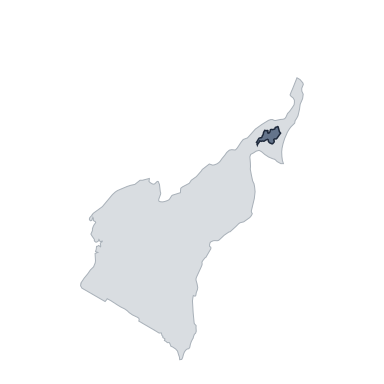 Diamare, Extrême-Nord, Cameroon (highlighted), rotated 30°
{"feature_id": "32672807B30054475581978", "entity_name": "Diamare", "entity_type": "district", "adm_level": 2, "iso_a3": "CMR", "parent_name": "Cameroon", "parent_adm1": "Extrême-Nord", "projection": "equal_earth", "projection_center": [14.242, 10.617], "detail": "fine", "context": "in_parent", "style": "filled", "palette": "slate", "viewbox_px": 384, "rotation_deg": 30, "n_neighbors": 0, "source": "geoboundaries", "source_scale": "gbopen_adm2", "svg_char_len": 5034}
<svg xmlns="http://www.w3.org/2000/svg" viewBox="0 0 384 384"><g transform="rotate(30 192 192)"><path d="M116.8,261.3L117.4,259.2L121.7,249.5L124.4,234.0L125.6,230.3L126.8,227.9L133.1,219.6L135.4,217.0L138.7,214.0L141.1,207.9L141.9,207.3L143.0,206.8L148.3,201.6L148.8,202.6L149.2,203.8L149.5,204.4L151.3,204.8L153.6,204.8L155.0,204.4L155.7,203.4L156.5,200.5L156.9,200.0L157.5,199.8L160.1,201.8L164.3,207.5L165.4,208.5L165.9,209.6L166.8,214.7L167.3,215.9L168.2,216.5L169.9,216.1L171.6,215.2L173.1,213.9L174.6,212.2L175.7,210.7L176.1,209.6L176.3,205.4L176.7,204.5L182.3,198.4L182.1,197.9L181.2,196.2L180.4,194.3L181.2,192.3L182.1,190.9L185.3,185.8L185.5,182.2L188.1,176.5L189.6,168.9L189.6,167.4L193.0,159.1L196.5,158.4L197.9,157.2L199.5,155.2L200.5,153.2L201.0,151.4L201.3,147.9L202.0,143.9L202.3,140.4L203.4,137.1L205.2,135.5L208.3,134.1L208.7,133.5L209.2,131.3L209.6,124.1L210.1,120.9L213.0,117.4L214.2,111.8L215.4,105.9L218.6,98.8L222.4,91.7L224.1,89.8L225.6,89.0L227.3,88.9L228.5,88.4L232.5,84.8L234.2,83.7L235.5,82.4L235.8,81.4L235.9,79.8L235.5,76.2L236.2,73.5L236.6,69.4L236.8,66.2L236.7,65.1L235.9,63.2L234.7,61.2L232.6,60.0L229.9,59.6L228.4,58.9L227.8,55.2L227.6,52.9L225.8,40.6L229.3,40.6L233.5,42.1L234.6,43.2L235.2,47.4L236.7,49.8L239.4,51.7L241.1,55.8L241.8,61.9L243.3,65.6L243.6,66.2L245.7,73.1L245.8,76.3L245.6,78.5L246.5,81.1L245.2,85.7L244.8,88.5L244.7,92.4L245.5,99.4L246.7,104.7L248.1,109.1L249.6,112.4L252.0,116.2L254.6,119.6L257.0,121.7L254.8,123.0L250.5,123.1L248.0,122.4L246.8,122.4L245.6,122.8L240.9,123.4L236.2,123.1L231.9,122.3L229.3,122.4L227.2,124.5L225.6,127.6L224.0,130.1L224.6,132.8L225.7,134.3L228.0,137.6L230.0,140.8L231.0,143.0L235.0,147.7L238.9,152.0L240.8,153.4L241.4,153.7L243.6,156.2L246.5,160.2L249.2,166.4L252.9,178.9L253.8,179.9L255.0,180.6L255.2,181.9L255.1,183.9L254.7,185.5L251.7,192.0L249.1,194.5L248.3,196.0L247.3,199.8L244.9,207.3L243.9,208.3L241.5,213.3L239.6,219.7L239.1,220.7L238.3,221.5L235.5,223.0L234.6,223.8L233.2,225.8L233.0,227.1L233.6,228.9L234.4,230.3L235.9,230.4L236.7,231.7L236.7,241.6L236.0,243.0L236.0,243.7L235.7,245.4L235.6,247.3L235.8,248.0L236.4,248.7L237.1,250.0L237.5,253.0L238.5,263.7L238.9,265.3L239.7,266.5L242.1,268.8L244.7,271.8L245.5,273.8L246.0,277.0L247.0,279.6L246.9,280.4L246.5,280.8L244.9,281.0L245.5,282.8L246.8,286.0L253.3,295.9L259.6,304.7L261.1,305.3L262.2,305.5L262.6,306.1L263.2,307.3L265.3,310.5L265.7,312.4L265.2,314.1L265.7,316.9L266.1,317.9L266.0,318.8L266.2,322.1L266.8,325.0L267.7,327.5L267.6,329.3L266.4,330.3L265.7,331.9L265.4,334.2L265.8,336.9L266.7,340.2L266.8,342.1L265.2,343.4L263.6,341.2L261.7,339.6L259.0,337.0L256.2,336.1L252.5,335.9L251.0,336.2L248.3,334.1L247.4,333.8L246.2,334.7L245.4,334.7L244.4,334.4L242.3,334.4L242.1,332.9L241.8,332.6L239.6,332.7L238.9,331.5L238.6,331.6L237.7,331.2L235.9,329.4L234.0,330.6L230.1,330.5L210.5,330.4L210.0,328.8L209.0,327.9L207.2,327.8L202.0,328.2L198.0,327.9L195.3,327.2L192.0,326.9L187.9,327.2L183.6,327.1L176.1,326.7L171.9,326.8L172.0,327.8L171.8,328.5L171.5,330.3L144.8,330.3L142.7,329.1L142.0,328.3L141.8,326.8L141.3,326.6L141.7,320.4L142.6,315.1L143.0,310.3L144.2,306.0L143.6,301.7L142.8,299.8L138.8,293.7L140.6,291.4L138.2,291.8L137.7,289.5L136.5,286.8L137.2,286.4L137.9,284.9L140.1,285.3L140.1,284.6L138.2,282.3L138.4,281.2L139.1,279.9L138.8,279.4L137.4,280.7L136.4,280.6L135.6,279.8L135.1,279.6L135.4,281.4L134.6,282.9L133.9,283.5L132.7,283.4L131.7,283.0L131.4,282.1L130.4,281.5L127.8,280.3L125.5,279.0L125.1,275.3L124.2,273.7L123.8,271.9L123.6,269.8L123.9,266.6L123.4,266.1L122.7,266.0L121.7,266.1L120.8,265.9L119.8,264.2L118.8,263.5L119.4,266.7L118.7,267.6L117.1,267.4L116.4,266.2L116.3,265.3L117.1,261.4L116.8,261.3Z" fill="#d9dde1" stroke="#a8b0b8" stroke-width="1"/><path d="M223.0,116.6L223.4,116.6L223.8,116.9L224.1,117.2L224.5,118.2L224.7,118.3L224.8,118.3L225.1,118.6L225.0,117.9L225.1,116.4L225.3,115.4L225.0,114.5L225.0,114.1L225.1,113.8L225.4,113.7L226.1,113.7L226.7,113.5L227.0,113.0L227.5,112.6L228.5,112.3L229.2,111.7L229.3,111.4L229.6,110.7L230.2,109.7L231.1,108.6L232.0,108.7L232.7,109.8L233.8,110.4L234.9,110.6L236.6,110.4L237.3,110.3L237.7,109.8L238.0,108.4L238.1,107.4L237.4,106.4L236.7,106.1L236.6,105.5L236.9,104.8L238.0,104.1L238.4,103.9L238.7,103.0L239.1,98.4L239.3,96.7L237.6,96.1L236.1,94.6L234.7,93.2L234.0,92.5L233.3,92.6L233.1,93.1L232.8,93.4L232.6,93.7L232.3,94.0L232.1,94.1L231.9,94.4L231.9,94.6L231.9,94.9L232.1,95.6L232.2,95.9L232.0,96.3L231.6,96.7L231.2,97.1L230.9,97.4L230.6,97.7L230.2,97.8L229.7,98.0L229.0,98.5L228.8,98.8L228.8,99.1L229.0,99.6L229.2,100.0L229.3,100.6L229.4,101.1L229.4,101.7L229.2,102.3L228.9,102.4L228.8,102.7L228.6,103.0L228.0,102.9L227.7,102.4L227.5,101.6L227.3,101.1L227.0,100.9L226.7,100.9L226.5,101.1L226.3,101.4L226.1,101.7L225.8,101.8L225.4,101.7L224.9,102.1L224.2,102.2L224.2,103.0L224.1,103.5L224.3,105.1L224.8,106.2L224.9,107.3L224.8,108.3L225.0,108.9L225.1,109.9L224.7,110.5L224.1,110.8L223.8,111.2L223.3,111.7L223.1,112.2L223.1,114.5L223.1,116.0L223.0,116.6Z" fill="#64748b" stroke="#1e293b" stroke-width="1.5"/></g></svg>